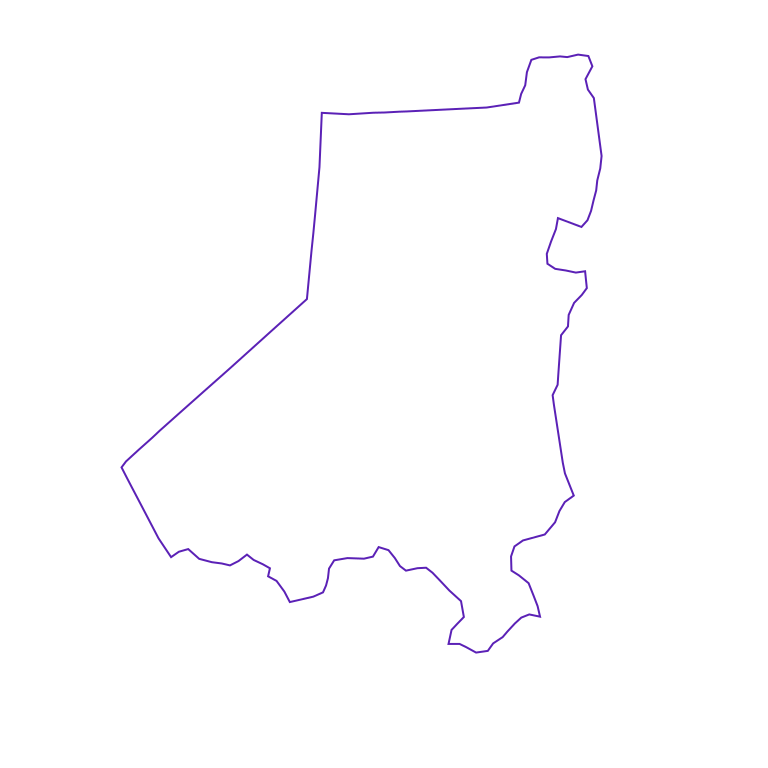 outline of São Gonçalo dos Campos, Bahia, Brazil, rotated 257°
{"feature_id": "56859067B25678921595357", "entity_name": "São Gonçalo dos Campos", "entity_type": "district", "adm_level": 2, "iso_a3": "BRA", "parent_name": "Brazil", "parent_adm1": "Bahia", "projection": "orthographic", "projection_center": [-38.961, -12.408], "detail": "fine", "context": "isolated", "style": "outline", "palette": "violet", "viewbox_px": 768, "rotation_deg": 257, "n_neighbors": 0, "source": "geoboundaries", "source_scale": "gbopen_adm2", "svg_char_len": 1822}
<svg xmlns="http://www.w3.org/2000/svg" viewBox="0 0 768 768"><g transform="rotate(257 384 384)"><path d="M122.2,483.7L133.0,483.7L143.6,482.2L157.4,480.1L167.2,472.4L173.5,466.2L187.4,469.0L196.4,474.6L200.3,484.2L201.2,506.8L210.8,519.6L220.8,526.4L228.3,533.6L232.6,543.8L256.2,540.2L267.0,540.5L325.7,544.9L335.2,545.8L344.2,553.0L354.8,556.2L391.7,567.5L398.7,576.2L409.8,579.5L420.3,587.5L426.3,596.8L431.8,603.2L439.9,604.2L448.6,605.3L449.4,596.0L453.7,586.7L457.7,576.7L464.4,570.3L474.2,571.9L485.2,578.8L496.3,586.4L506.5,590.8L492.6,611.7L497.8,619.1L506.1,624.7L515.6,629.4L524.9,634.3L534.4,637.6L545.4,643.2L557.2,647.3L615.4,652.8L625.0,648.9L635.7,648.9L646.7,658.5L657.6,656.9L661.3,647.2L661.3,636.1L663.6,629.2L665.1,618.2L667.4,608.6L666.7,600.5L655.7,593.4L643.3,588.8L635.8,582.9L627.8,578.8L630.3,546.2L635.0,520.2L644.4,467.8L645.9,460.1L648.4,445.7L650.7,434.7L654.7,410.5L662.2,384.4L609.8,369.9L564.6,355.0L546.6,349.0L529.7,343.2L484.1,328.0L460.5,285.3L433.7,237.0L417.3,206.8L401.1,177.1L389.0,155.0L383.8,146.1L375.2,130.4L370.4,121.9L366.6,115.2L361.8,109.5L351.1,112.2L339.5,115.2L321.2,120.0L284.3,129.6L263.2,137.6L266.7,146.4L267.2,156.1L255.2,164.6L249.1,176.2L245.6,185.6L241.9,193.1L244.2,202.4L248.6,212.1L241.9,217.4L235.6,225.4L230.1,231.4L222.7,227.8L216.3,235.0L204.2,240.2L192.7,243.2L192.7,252.4L192.7,267.3L194.7,277.7L200.7,282.2L207.4,285.7L216.5,288.9L223.4,295.8L222.6,309.2L218.3,325.2L218.3,334.4L226.3,342.1L221.1,351.0L212.0,355.4L203.0,358.6L197.2,363.4L197.0,375.2L195.5,383.7L189.2,388.8L179.1,394.8L168.1,401.2L155.1,410.2L139.0,409.4L133.5,400.9L129.2,394.5L116.2,388.4L113.7,399.2L109.1,404.9L101.6,413.3L100.6,425.1L106.7,432.0L110.7,442.7L115.0,448.5L121.2,457.6L125.5,465.2L126.8,473.7L122.2,483.7Z" fill="none" stroke="#5b21b6" stroke-width="2"/></g></svg>